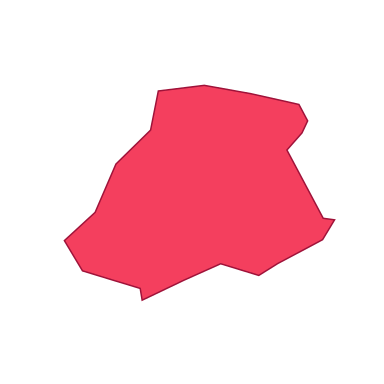 Lomma, Skåne, Sweden, rotated 62°
{"feature_id": "70781695B45241162189836", "entity_name": "Lomma", "entity_type": "district", "adm_level": 2, "iso_a3": "SWE", "parent_name": "Sweden", "parent_adm1": "Skåne", "projection": "mercator", "projection_center": [13.097, 55.727], "detail": "fine", "context": "isolated", "style": "filled", "palette": "rose", "viewbox_px": 384, "rotation_deg": 62, "n_neighbors": 0, "source": "geoboundaries", "source_scale": "gbopen_adm2", "svg_char_len": 447}
<svg xmlns="http://www.w3.org/2000/svg" viewBox="0 0 384 384"><g transform="rotate(62 192 192)"><path d="M87.0,174.3L117.9,199.5L131.6,246.0L164.5,287.1L175.0,327.5L210.2,325.7L234.2,301.7L252.8,283.0L264.1,286.8L266.1,240.4L268.8,200.4L297.0,172.2L295.4,149.8L295.4,99.1L283.5,79.2L276.8,88.5L228.8,88.5L199.5,88.5L191.5,67.2L183.5,56.5L164.9,56.5L132.9,93.8L103.6,131.1L87.0,174.3Z" fill="#f43f5e" stroke="#9f1239" stroke-width="1.5"/></g></svg>